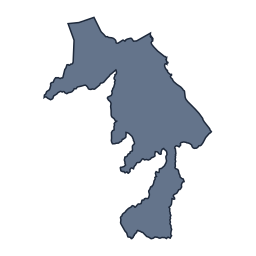 Barranca, Lima, Peru (Robinson projection), rotated 179°
{"feature_id": "86281439B29685222960103", "entity_name": "Barranca", "entity_type": "district", "adm_level": 2, "iso_a3": "PER", "parent_name": "Peru", "parent_adm1": "Lima", "projection": "robinson", "projection_center": [-77.671, -10.626], "detail": "fine", "context": "isolated", "style": "filled", "palette": "slate", "viewbox_px": 256, "rotation_deg": 179, "n_neighbors": 0, "source": "geoboundaries", "source_scale": "gbopen_adm2", "svg_char_len": 5791}
<svg xmlns="http://www.w3.org/2000/svg" viewBox="0 0 256 256"><g transform="rotate(179 128 128)"><path d="M104.8,17.3L103.0,18.5L102.5,18.5L100.4,18.2L98.8,17.4L97.8,17.3L95.9,18.0L94.4,17.8L93.5,17.9L91.4,16.8L90.5,17.9L89.6,18.1L88.5,17.4L87.6,17.2L87.1,18.5L86.3,19.5L87.0,20.5L87.1,21.4L86.7,24.1L86.1,25.8L86.8,27.8L86.7,29.5L87.8,31.6L87.2,33.2L87.7,34.9L87.7,35.8L87.4,36.0L87.0,36.9L87.4,38.2L86.6,39.8L87.4,41.5L87.3,42.7L87.8,43.8L87.6,46.8L88.4,48.1L86.8,49.4L85.9,51.0L85.2,56.6L83.5,56.0L82.7,56.1L82.6,57.1L83.7,58.7L83.9,59.4L83.7,60.0L82.9,60.8L80.5,61.9L79.2,63.8L78.5,65.3L77.2,65.6L76.4,66.4L75.4,68.1L75.6,70.3L75.0,71.9L74.2,73.0L72.9,73.3L72.8,73.8L73.2,74.4L73.6,76.0L75.1,76.6L76.7,78.0L77.0,79.8L77.9,81.8L78.4,84.7L79.1,85.7L81.2,86.6L81.8,87.7L81.3,89.0L81.5,92.2L80.9,93.8L81.4,95.8L81.0,97.4L81.2,98.9L80.8,99.6L81.0,100.7L80.6,101.2L80.6,101.7L81.0,106.3L81.7,107.1L81.5,108.1L80.1,109.4L78.8,109.1L77.2,108.2L75.6,110.1L76.0,111.4L75.2,112.5L72.5,113.1L69.8,112.5L69.4,112.1L68.2,112.0L66.5,111.3L64.7,109.9L64.2,108.2L63.2,107.0L62.1,106.5L59.7,106.7L58.3,107.8L57.3,109.1L56.2,109.0L55.0,109.7L53.3,112.0L50.5,117.1L46.7,121.3L45.9,121.6L44.7,122.8L46.1,124.8L46.4,125.9L51.8,133.0L53.2,135.6L53.1,136.2L56.6,141.2L60.3,145.5L67.8,153.3L69.6,155.7L70.3,157.6L70.9,163.8L71.1,164.2L72.1,165.0L72.8,166.2L74.6,168.1L78.4,170.8L81.3,173.4L82.4,174.9L82.7,176.0L84.4,177.7L84.7,178.9L84.5,179.3L83.9,179.7L83.8,180.2L83.5,180.3L83.6,180.9L84.5,180.8L85.2,181.1L87.1,182.9L87.5,183.7L87.5,184.5L88.0,184.7L88.0,185.3L88.7,185.7L89.8,187.6L90.3,189.2L90.3,190.2L89.9,191.3L89.3,191.6L88.2,191.1L88.4,191.6L86.9,192.5L87.2,193.2L88.1,193.3L88.4,195.0L88.9,195.6L88.3,196.3L88.3,197.6L88.1,198.0L88.7,198.0L89.6,198.8L89.9,198.7L90.7,199.2L97.1,204.5L100.5,208.2L102.5,210.7L103.1,211.8L103.3,213.2L102.9,213.9L101.8,214.6L101.7,215.8L102.3,215.8L102.4,216.6L101.6,216.9L102.1,217.9L102.7,218.1L102.8,218.5L103.0,218.3L103.3,218.9L103.7,218.6L104.1,219.2L103.7,220.2L104.0,220.5L104.1,221.1L103.9,222.5L117.9,214.9L121.0,214.7L122.9,217.5L124.0,217.7L127.3,216.9L128.7,216.1L129.0,215.4L129.6,214.9L131.0,215.9L131.6,216.0L136.5,213.0L137.6,213.0L138.3,213.3L138.5,213.7L138.5,214.8L139.0,216.1L140.8,217.8L142.7,218.5L145.9,218.9L146.9,219.7L148.7,219.7L150.5,221.9L152.7,224.1L153.4,225.0L160.1,239.2L175.2,234.3L186.1,233.4L180.4,216.7L181.7,194.8L182.3,193.5L183.1,192.9L184.3,192.8L185.3,191.8L186.0,191.8L186.7,192.4L187.9,192.3L188.4,191.1L188.9,189.4L190.2,187.5L192.3,179.5L192.7,179.2L193.9,179.2L195.0,178.6L197.0,179.6L198.4,179.3L198.9,179.6L199.5,179.5L200.8,177.8L202.0,175.1L203.7,174.7L204.5,174.0L204.7,173.4L204.5,172.0L205.5,168.4L206.2,167.4L208.7,165.8L209.7,163.4L211.0,162.4L211.3,160.0L210.5,160.6L208.9,160.3L208.0,159.3L204.9,157.6L203.0,158.5L202.6,159.0L201.8,161.3L198.5,163.3L197.6,164.4L195.3,165.7L194.5,165.8L193.1,165.1L192.3,165.6L191.4,165.5L191.0,165.2L190.7,164.5L188.7,163.4L187.9,163.7L187.0,164.4L184.8,164.7L183.4,165.3L181.7,167.0L181.1,168.3L179.3,168.1L178.1,169.7L177.5,170.0L174.7,170.5L171.0,171.5L169.9,171.6L169.0,171.1L167.7,169.6L166.9,167.9L166.1,167.4L164.4,167.2L163.0,167.7L161.3,167.4L160.6,167.5L155.6,171.5L155.3,172.3L154.6,173.3L152.7,173.6L151.4,174.3L147.9,178.3L145.8,180.3L144.7,182.0L143.9,182.3L139.1,186.3L138.8,185.9L138.8,185.0L138.5,184.3L138.6,183.0L138.9,182.2L140.2,181.4L140.0,180.8L141.1,178.2L140.9,177.1L140.4,176.7L139.9,175.8L140.7,174.2L140.4,172.9L141.7,168.7L142.4,168.0L143.0,165.9L143.6,165.2L143.2,163.1L144.1,160.9L147.8,159.1L148.1,158.2L147.0,156.2L145.7,155.1L145.0,154.1L144.5,152.7L145.0,149.8L144.6,146.1L144.6,141.2L144.2,139.8L143.6,139.0L141.8,137.7L140.5,135.4L139.3,135.0L141.1,133.6L141.8,132.6L141.4,131.1L142.0,129.7L141.9,126.4L143.5,125.6L144.6,123.8L144.6,118.0L144.9,115.8L144.6,114.2L143.8,112.5L141.3,112.5L140.5,112.9L137.6,113.1L136.8,113.9L134.8,114.8L133.8,116.8L133.1,116.8L130.6,118.5L130.2,119.3L130.3,120.1L130.0,121.8L130.1,123.6L128.9,123.4L127.2,122.5L124.1,119.5L122.8,116.4L122.8,115.4L122.0,114.1L121.8,112.2L123.7,110.3L124.0,109.2L123.9,105.8L124.1,105.0L125.0,104.7L126.4,103.9L126.5,102.7L128.3,101.9L129.6,99.6L131.7,98.9L131.8,97.5L132.1,97.0L132.2,95.9L131.6,93.8L131.7,92.8L131.1,91.0L132.4,89.7L135.1,88.8L136.0,88.9L136.4,88.4L135.9,85.4L134.3,84.5L132.8,84.6L132.3,83.6L131.7,83.2L129.9,84.1L129.2,83.6L128.9,82.9L128.4,82.8L126.7,84.5L126.8,86.4L125.7,87.8L125.0,88.0L123.2,87.1L122.7,88.8L122.0,90.0L121.1,90.8L119.9,93.0L119.2,93.3L117.6,93.3L116.5,93.8L114.2,96.8L113.9,96.9L113.0,96.7L112.2,95.8L109.9,96.2L108.3,95.6L106.3,96.4L104.9,98.0L103.9,98.1L101.7,99.3L101.5,99.9L101.7,101.1L101.1,103.9L99.3,103.7L98.4,103.1L97.7,101.9L96.4,101.2L95.6,101.2L95.2,102.2L95.4,103.0L94.8,105.0L94.2,106.1L92.9,106.9L92.6,106.9L92.4,106.2L91.3,105.4L90.0,104.1L89.7,103.2L89.5,100.8L90.6,98.9L90.6,97.5L90.0,94.4L90.6,92.6L92.2,89.6L95.2,87.0L96.6,86.8L97.4,86.4L97.5,84.3L97.8,83.1L99.1,83.1L100.6,83.9L101.0,83.4L101.4,82.2L100.8,79.6L100.4,79.0L101.3,78.7L102.0,78.1L101.7,76.5L102.9,74.6L103.2,72.9L103.9,70.7L104.9,69.8L105.1,69.0L106.4,68.7L107.3,66.3L108.1,65.2L108.4,64.6L108.3,63.5L107.8,61.8L107.8,60.5L108.6,58.0L109.5,57.1L111.8,57.3L112.9,56.8L113.2,56.0L113.8,55.6L115.0,55.7L115.3,55.5L116.2,52.3L118.0,51.7L118.8,51.9L119.5,51.6L121.9,48.8L122.5,48.7L123.3,49.7L124.7,50.3L125.3,50.1L126.5,48.8L128.9,47.6L131.4,45.3L131.9,44.3L134.7,42.2L135.2,41.6L135.6,40.2L136.5,39.6L137.1,38.5L136.7,36.4L137.1,33.4L136.7,32.2L132.8,25.0L131.2,23.2L130.1,19.4L129.9,19.1L127.2,18.6L126.9,17.5L126.2,17.3L124.7,18.7L124.4,19.8L123.7,20.3L123.5,21.3L121.3,23.4L120.6,25.1L119.9,25.5L118.9,24.8L117.5,24.5L116.4,23.7L115.0,23.3L111.2,19.2L109.4,18.6L106.8,16.9L104.8,17.3Z" fill="#64748b" stroke="#1e293b" stroke-width="1.5"/></g></svg>